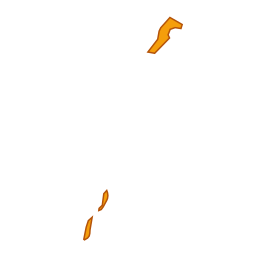 map outline of Cayman Islands (Mercator projection), rotated 128°
{"feature_id": "CYM", "entity_name": "Cayman Islands", "entity_type": "country or territory", "adm_level": 0, "iso_a3": "CYM", "parent_name": "North America", "parent_adm1": "", "projection": "mercator", "projection_center": [-80.432, 19.519], "detail": "fine", "context": "isolated", "style": "filled", "palette": "amber", "viewbox_px": 256, "rotation_deg": 128, "n_neighbors": 0, "source": "natural_earth", "source_scale": "50m", "svg_char_len": 582}
<svg xmlns="http://www.w3.org/2000/svg" viewBox="0 0 256 256"><g transform="rotate(128 128 128)"><path d="M19.9,152.7L24.3,155.5L29.9,153.8L31.5,150.7L52.7,153.0L55.9,159.1L39.8,159.2L32.5,163.1L28.9,163.9L15.1,163.0L13.1,149.0L17.0,147.5L19.9,152.7ZM231.8,99.9L225.4,102.2L220.4,101.3L231.7,95.2L234.6,93.2L237.0,92.1L239.6,92.1L242.9,93.4L242.9,94.3L231.8,99.9ZM210.5,100.5L209.1,101.3L204.7,100.7L194.7,106.6L190.3,106.3L191.7,104.2L193.7,102.2L196.1,100.8L198.3,100.2L205.4,99.0L208.7,98.9L211.0,100.2L210.5,100.5Z" fill="#f59e0b" stroke="#b45309" stroke-width="1.5"/></g></svg>